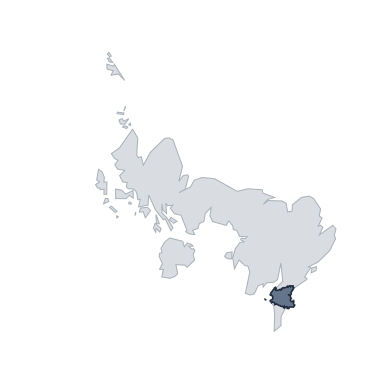 where Devon sits in United Kingdom, rotated 315°
{"feature_id": "GBR-2048", "entity_name": "Devon", "entity_type": "Administrative County", "adm_level": 1, "iso_a3": "GBR", "parent_name": "United Kingdom", "parent_adm1": "", "projection": "mercator", "projection_center": [-3.833, 50.73], "detail": "fine", "context": "in_parent", "style": "filled", "palette": "slate", "viewbox_px": 384, "rotation_deg": 315, "n_neighbors": 0, "source": "natural_earth", "source_scale": "10m", "svg_char_len": 6732}
<svg xmlns="http://www.w3.org/2000/svg" viewBox="0 0 384 384"><g transform="rotate(315 192 192)"><path d="M204.6,305.1L190.5,314.4L186.0,313.7L180.6,309.0L175.0,309.6L177.3,307.2L172.5,305.1L164.0,308.1L160.3,306.0L158.1,301.4L176.4,289.4L179.2,283.6L177.5,281.8L177.2,273.4L167.6,276.4L174.4,267.2L182.7,262.7L189.9,261.6L193.7,264.0L192.6,260.3L194.2,259.4L196.6,262.7L199.4,262.6L194.2,257.0L196.5,250.9L194.6,247.8L197.0,244.5L197.5,238.5L192.6,239.8L185.6,227.5L187.7,221.6L194.7,216.4L186.2,216.6L179.5,221.3L174.7,219.5L170.3,222.0L165.4,219.5L163.8,224.0L160.1,219.2L159.5,215.5L161.5,215.4L167.7,200.6L164.2,194.8L165.2,188.1L169.2,187.8L164.9,184.5L165.7,181.3L158.8,189.3L158.7,184.1L162.4,179.1L156.1,185.4L156.0,192.7L153.2,203.8L149.7,204.6L154.1,191.8L152.1,191.5L153.6,178.6L159.3,163.5L151.6,170.2L143.7,164.7L150.3,160.6L148.2,159.1L152.6,153.1L153.1,149.1L149.3,144.6L149.2,141.9L152.8,139.5L150.1,135.8L152.4,129.2L159.8,129.2L155.6,123.3L156.8,118.1L162.2,117.3L160.9,113.5L162.1,107.8L171.7,109.5L194.4,105.6L191.8,115.5L179.0,126.8L178.3,130.1L181.2,131.1L176.6,138.6L190.5,134.5L210.6,134.7L214.0,137.5L215.4,141.7L203.5,167.1L190.2,175.2L197.2,174.2L201.0,176.6L200.7,178.5L189.3,185.2L182.3,183.2L194.5,187.4L201.9,185.2L209.4,188.9L217.4,198.6L224.4,223.5L233.7,229.2L243.3,240.1L241.3,242.8L246.6,254.3L240.3,250.8L233.8,251.1L239.9,252.0L249.2,261.9L250.6,266.7L245.5,273.7L249.3,276.3L253.9,272.0L265.6,273.2L272.0,277.8L273.4,282.6L270.9,295.0L265.0,298.9L265.7,302.3L257.1,305.4L259.5,306.4L259.4,309.6L251.7,312.4L268.0,315.1L267.7,319.9L261.9,323.4L260.5,326.6L248.1,330.8L231.8,330.7L221.4,327.3L222.7,329.3L211.3,331.8L212.4,334.3L211.2,335.0L195.3,332.0L188.6,334.2L184.1,344.4L175.6,340.4L166.9,343.0L160.4,349.5L151.6,348.5L164.1,336.8L169.2,330.5L170.2,325.2L174.0,323.9L175.7,319.7L193.1,319.2L204.6,305.1ZM145.6,242.0L135.2,241.8L135.3,238.8L129.3,232.0L124.1,239.7L119.4,239.4L115.4,237.4L110.6,230.7L117.0,226.6L114.4,223.7L120.4,221.7L123.2,214.3L125.8,212.4L127.8,213.7L130.3,209.8L138.1,208.1L143.8,208.8L150.6,220.3L147.9,225.3L152.8,224.7L154.6,229.3L154.4,231.0L151.3,227.9L151.6,232.7L153.2,233.0L152.4,235.8L148.8,236.8L145.6,242.0ZM142.6,114.2L140.5,119.6L136.8,122.6L138.9,124.8L130.1,133.3L128.1,131.3L131.8,127.9L128.5,125.4L129.7,123.9L128.0,122.5L129.0,118.6L133.9,119.6L133.1,116.1L142.0,109.8L142.6,114.2ZM143.5,140.8L143.7,146.6L151.4,149.3L146.1,154.8L145.3,150.1L140.6,150.0L133.4,142.7L140.0,135.8L143.5,140.8ZM222.2,41.3L225.6,47.7L227.4,46.8L223.3,65.5L223.4,56.5L217.3,52.2L222.1,50.5L218.8,45.1L222.2,41.3ZM149.6,175.8L140.7,177.3L143.6,171.5L140.6,169.1L144.2,166.8L149.8,171.5L149.6,175.8ZM173.6,259.6L178.0,262.7L172.7,267.4L169.7,264.0L169.5,260.5L173.6,259.6ZM143.8,188.0L144.4,196.0L140.9,197.5L140.9,192.4L137.8,194.9L139.1,190.3L143.8,188.0ZM194.5,90.8L194.1,93.8L199.2,95.4L192.6,96.6L189.5,93.4L191.2,89.4L194.5,90.8ZM160.6,202.1L156.9,201.2L156.3,195.8L159.3,195.1L160.6,202.1ZM227.2,332.7L224.1,335.3L219.0,333.3L223.1,330.5L227.2,332.7ZM146.4,191.4L144.7,189.1L150.4,182.5L149.2,185.8L146.4,191.4ZM126.1,135.3L127.9,137.1L126.4,139.9L121.0,137.8L126.1,135.3ZM125.3,152.7L123.2,152.2L122.7,144.6L125.0,144.9L125.3,152.7ZM227.5,44.5L225.5,41.5L226.7,37.6L228.4,38.7L227.5,44.5ZM199.8,88.0L198.3,88.8L194.4,83.6L195.7,82.8L199.8,88.0ZM192.6,100.6L190.7,100.9L188.8,96.9L190.8,97.0L192.6,100.6ZM232.0,34.5L231.1,38.8L229.5,38.3L229.6,34.5L232.0,34.5ZM204.7,85.3L200.9,86.6L205.1,84.4L204.7,85.3ZM141.3,157.2L140.2,157.5L138.8,155.6L140.6,154.6L141.3,157.2ZM197.0,99.5L195.7,101.7L194.7,99.6L197.0,99.5ZM137.2,167.4L134.9,168.4L137.9,166.2L137.2,167.4ZM122.6,157.2L121.1,157.6L120.5,157.0L121.9,155.6L122.6,157.2Z" fill="#d9dde1" stroke="#a8b0b8" stroke-width="1"/><path d="M196.2,331.8L195.9,331.8L195.3,332.2L194.9,332.3L194.3,332.1L194.1,332.2L193.8,332.5L193.7,332.5L193.4,332.8L193.2,332.8L192.8,332.7L192.6,332.6L192.2,332.7L191.7,332.9L191.0,333.1L190.8,333.4L190.7,333.7L190.4,334.1L189.2,334.6L188.9,334.6L188.6,334.5L188.4,334.3L188.2,333.9L188.0,333.3L187.9,333.2L187.7,333.0L187.6,333.3L187.8,333.5L188.0,334.4L188.2,334.8L187.9,335.1L187.6,335.4L187.4,335.9L187.2,336.4L187.0,337.1L187.0,337.4L186.9,337.4L186.6,337.4L186.1,337.4L185.6,337.4L185.3,337.7L185.0,338.1L184.7,338.6L184.7,339.0L184.6,339.4L184.8,339.7L185.1,340.1L185.5,340.2L186.0,340.5L186.6,340.8L186.8,340.8L186.7,340.9L186.6,341.5L186.4,341.7L186.2,341.6L185.9,341.3L185.8,341.9L185.4,342.1L185.1,342.2L184.9,342.5L184.8,342.9L184.6,343.5L184.5,344.1L184.7,344.7L184.4,344.8L183.8,345.0L183.5,345.1L183.1,345.0L182.8,344.8L182.6,344.8L182.3,345.1L181.7,344.5L180.7,343.3L179.7,342.3L179.5,342.2L179.3,342.3L178.9,342.5L178.7,342.6L178.4,342.9L178.1,342.9L177.9,342.8L177.7,342.6L177.8,342.2L177.4,342.1L177.1,341.9L176.9,341.6L177.2,341.3L177.6,341.1L177.9,340.9L178.2,340.8L178.2,340.6L178.1,340.2L177.8,340.0L177.5,339.7L177.1,339.5L176.8,339.3L176.5,339.3L176.3,339.3L176.1,339.5L175.8,339.5L175.8,339.4L176.0,339.1L176.2,338.7L175.9,338.9L175.7,338.8L175.5,338.7L175.5,338.9L175.3,338.5L175.1,338.6L175.0,338.8L174.9,338.6L175.0,338.4L175.2,338.1L175.3,337.8L175.7,337.8L175.8,337.7L175.5,337.3L175.4,337.0L175.3,336.8L174.4,336.5L174.3,336.0L174.1,335.6L173.9,335.4L174.0,334.4L173.3,333.9L173.1,333.0L172.9,332.6L172.9,331.9L172.6,331.4L172.6,330.8L172.3,330.6L172.1,330.9L171.6,330.4L171.0,330.4L170.8,330.2L171.4,329.9L171.6,329.4L171.6,328.8L171.9,328.6L172.0,328.4L171.5,327.4L171.3,327.2L171.3,326.7L169.8,326.6L169.9,326.2L170.0,326.0L170.2,325.3L170.2,325.1L170.1,324.8L170.1,324.4L170.2,324.2L171.6,324.2L171.8,324.3L172.2,324.5L172.3,324.6L173.3,324.7L173.6,324.6L173.9,324.4L175.0,323.2L175.1,322.9L175.2,322.7L175.4,322.6L175.3,322.4L175.1,321.7L175.0,321.3L174.7,320.9L174.6,320.7L175.2,320.7L175.3,320.7L175.4,320.4L175.4,320.1L175.3,319.9L175.1,319.7L176.3,319.1L179.3,318.8L180.0,318.6L180.3,318.5L181.5,318.5L181.8,318.4L182.3,318.1L182.6,318.1L183.6,318.4L183.5,318.5L183.4,318.8L183.5,319.2L183.4,319.9L182.6,320.1L181.8,320.0L181.7,320.1L181.7,320.9L181.9,321.2L182.5,321.7L182.9,321.8L183.5,322.5L184.1,322.5L184.8,323.0L185.5,323.0L185.5,323.6L185.3,324.0L185.4,324.3L186.6,324.4L186.8,324.3L186.8,324.0L186.9,323.8L187.5,323.7L188.0,323.9L188.4,323.9L188.7,324.1L189.0,324.2L189.1,324.4L189.2,325.1L190.0,325.2L190.9,326.0L191.7,326.1L192.7,326.0L192.4,326.9L192.9,327.3L193.8,327.0L194.5,327.1L194.6,327.3L194.5,327.8L194.9,328.1L194.8,328.5L195.3,328.2L195.4,328.3L195.7,328.3L195.9,328.5L196.2,329.3L196.6,329.6L197.1,329.7L197.2,329.9L196.2,330.6L196.4,330.8L196.1,331.6L196.2,331.8ZM167.9,319.8L167.9,320.0L167.9,320.3L167.7,320.2L167.6,319.9L167.7,319.6L167.8,319.5L167.9,319.8Z" fill="#64748b" stroke="#1e293b" stroke-width="1.5"/></g></svg>